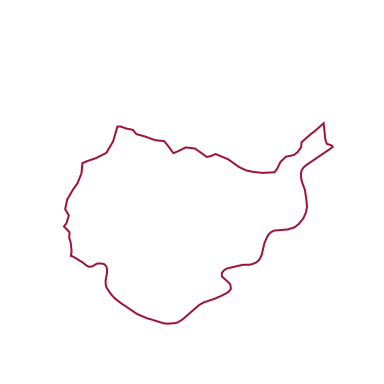 outline of Yodok, Hamgyŏng-namdo, North Korea, rotated 215°
{"feature_id": "82179303B84023939599766", "entity_name": "Yodok", "entity_type": "district", "adm_level": 2, "iso_a3": "PRK", "parent_name": "North Korea", "parent_adm1": "Hamgyŏng-namdo", "projection": "equal_earth", "projection_center": [126.887, 39.62], "detail": "fine", "context": "isolated", "style": "outline", "palette": "rose", "viewbox_px": 384, "rotation_deg": 215, "n_neighbors": 0, "source": "geoboundaries", "source_scale": "gbopen_adm2", "svg_char_len": 1748}
<svg xmlns="http://www.w3.org/2000/svg" viewBox="0 0 384 384"><g transform="rotate(215 192 192)"><path d="M254.4,70.2L253.6,70.6L250.5,71.0L240.6,71.6L236.9,71.2L233.6,71.6L231.1,73.8L228.8,78.8L226.1,80.9L222.9,82.5L219.6,82.0L217.1,79.7L215.1,76.8L212.1,70.1L210.3,67.5L207.6,64.9L199.9,61.8L193.7,60.5L186.7,60.2L183.0,60.3L167.4,60.5L164.3,61.1L155.8,62.9L153.1,64.0L139.8,68.2L136.5,70.1L131.2,74.4L129.0,76.8L126.7,82.1L121.5,103.0L120.4,105.6L118.7,108.8L112.5,117.2L108.8,123.1L105.7,128.9L104.8,131.4L104.5,134.8L106.8,137.5L109.2,138.8L119.0,139.9L121.1,142.8L120.9,146.1L119.9,148.8L117.6,151.6L108.5,161.6L102.9,165.6L100.7,168.3L98.9,171.4L98.1,174.4L98.3,177.8L99.0,180.8L103.4,191.7L104.6,197.7L104.9,201.1L104.3,204.3L102.6,207.5L92.1,216.2L90.4,218.5L87.8,221.8L86.1,227.3L85.7,234.2L86.8,240.2L89.4,246.0L93.8,251.2L100.9,258.6L106.8,262.7L109.4,264.9L111.8,267.4L113.6,270.1L114.6,272.7L114.7,276.3L113.9,279.4L103.5,306.8L102.6,309.7L104.0,310.3L109.3,308.8L113.2,311.8L117.1,316.3L123.6,323.8L125.0,317.9L126.5,311.9L127.9,307.5L129.4,301.5L130.8,295.6L128.3,291.1L128.4,285.2L129.8,280.7L135.3,274.8L136.8,267.4L135.6,260.0L135.7,255.5L145.2,248.1L153.2,243.7L159.9,240.8L167.9,239.4L175.9,239.5L181.2,239.5L187.8,238.1L193.2,236.9L194.5,236.6L197.2,232.2L200.0,229.2L207.9,229.3L214.5,229.3L222.6,225.0L226.7,217.6L229.5,213.1L238.7,216.2L244.0,217.7L252.0,213.3L262.7,210.4L270.7,207.5L276.0,209.0L282.7,206.1L288.0,204.7L290.6,202.8L285.7,188.3L284.6,174.9L290.1,164.6L295.6,157.2L298.3,152.8L293.2,143.8L290.8,133.4L290.9,126.0L289.9,114.2L286.1,105.2L279.5,102.2L277.0,94.8L277.1,90.3L269.2,88.8L266.6,84.3L262.7,81.3L258.8,76.9L256.3,73.9L255.0,70.9L254.4,70.2Z" fill="none" stroke="#9f1239" stroke-width="2"/></g></svg>